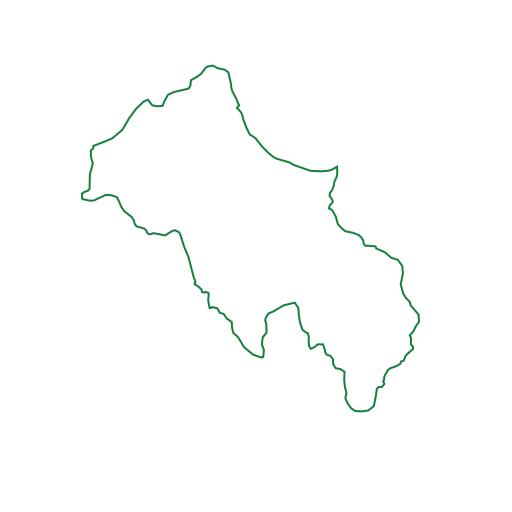 SVG path tracing the border of Manawatu-Wanganui, rotated 150°
{"feature_id": "NZL-3334", "entity_name": "Manawatu-Wanganui", "entity_type": "Regional Council", "adm_level": 1, "iso_a3": "NZL", "parent_name": "New Zealand", "parent_adm1": "", "projection": "mercator", "projection_center": [175.592, -39.627], "detail": "fine", "context": "isolated", "style": "outline", "palette": "green", "viewbox_px": 512, "rotation_deg": 150, "n_neighbors": 0, "source": "natural_earth", "source_scale": "10m", "svg_char_len": 3290}
<svg xmlns="http://www.w3.org/2000/svg" viewBox="0 0 512 512"><g transform="rotate(150 256 256)"><path d="M188.1,428.9L191.6,417.5L193.0,414.6L194.0,411.2L194.5,401.7L195.2,397.9L195.2,397.0L195.1,395.9L195.1,395.0L195.6,394.6L196.5,394.6L197.7,394.3L198.5,393.8L197.7,391.2L197.3,388.7L197.2,386.2L197.4,384.8L198.5,381.8L200.1,372.2L200.6,365.6L200.4,363.9L199.6,362.4L197.6,358.5L196.0,347.6L193.6,338.6L191.9,334.2L189.9,330.4L180.2,320.3L177.6,315.7L166.0,302.3L157.1,296.7L150.0,293.4L146.7,292.8L141.1,292.8L144.6,286.4L147.2,283.7L150.4,281.7L153.6,277.9L157.3,274.9L160.1,273.9L162.3,271.2L161.9,268.9L162.0,265.7L162.5,264.5L163.8,263.9L166.7,263.0L169.1,260.8L168.2,259.3L167.1,257.9L167.2,250.2L169.2,242.7L168.1,237.8L166.3,232.8L160.4,227.6L156.6,222.8L155.5,219.4L155.4,215.8L156.1,214.2L156.7,212.5L156.1,210.1L153.5,208.7L147.7,204.6L148.1,202.4L142.5,194.8L139.7,186.7L135.1,181.9L134.3,174.3L137.3,167.8L144.9,159.0L147.3,149.8L147.2,145.1L145.7,139.1L146.8,135.8L145.7,130.4L144.5,124.1L147.3,118.3L147.8,117.7L148.5,117.0L151.2,116.0L153.4,114.7L157.8,111.9L162.6,110.3L162.5,108.8L162.8,107.4L166.0,102.1L165.4,99.0L166.5,97.0L174.4,95.4L177.3,94.1L180.0,91.8L181.4,91.5L182.8,92.2L183.9,91.3L185.4,90.4L190.5,90.6L195.6,91.6L198.7,91.3L203.8,88.4L206.0,86.5L206.5,85.3L207.2,84.6L208.5,83.9L208.7,81.1L212.5,79.6L215.0,81.1L217.7,80.6L222.4,74.6L229.1,67.0L236.1,66.1L242.2,68.6L247.5,72.1L249.8,76.8L250.2,81.6L250.2,83.8L249.8,88.1L246.1,92.2L244.6,97.7L241.7,104.4L237.2,111.5L239.5,115.9L243.2,119.1L243.2,123.8L240.9,128.3L241.6,132.4L244.1,135.3L244.3,137.9L243.3,140.0L242.2,146.0L246.7,148.6L250.8,147.9L254.9,148.2L255.0,151.7L252.8,156.3L250.6,159.5L249.8,163.3L251.5,165.9L252.6,169.2L251.0,176.8L248.3,183.7L245.3,189.8L245.8,196.2L256.9,199.5L268.5,199.3L273.8,200.0L278.8,197.4L280.3,195.5L280.8,192.9L281.9,190.4L283.2,188.2L284.1,186.0L285.6,184.2L290.7,182.3L294.1,178.1L294.4,177.2L295.1,176.7L296.1,170.7L300.2,165.0L302.2,165.5L307.9,172.1L311.9,183.0L312.1,194.7L314.1,200.9L312.6,205.8L310.0,211.0L312.6,216.5L313.0,222.0L315.7,224.8L315.6,229.9L318.2,232.6L319.5,233.6L320.7,233.5L321.6,233.8L322.2,234.0L322.1,234.6L321.6,235.5L321.2,237.2L319.3,242.0L317.1,245.0L315.9,246.9L315.7,247.9L316.3,248.7L318.1,250.4L319.4,250.3L320.7,251.8L319.9,254.3L321.3,258.6L323.2,262.1L322.7,263.2L321.6,263.5L321.0,265.4L320.9,267.6L315.0,288.9L313.6,300.0L310.8,312.7L310.7,314.0L311.2,315.9L313.5,318.9L316.1,319.6L324.4,319.3L332.0,325.9L333.8,327.2L335.9,327.5L336.9,327.9L337.9,328.5L338.7,330.5L338.3,332.7L338.8,335.2L340.3,337.0L344.6,341.4L345.0,344.5L344.1,347.3L344.1,351.8L347.7,360.7L348.1,365.9L347.3,371.6L347.1,376.6L350.8,380.9L355.3,384.0L368.9,385.2L372.6,387.2L377.7,392.0L377.6,393.3L375.4,397.1L372.3,397.3L369.1,396.5L366.6,397.3L359.2,409.5L351.6,417.1L350.5,419.2L350.3,420.9L349.8,422.9L349.1,424.7L346.6,429.6L345.7,430.2L343.6,430.4L342.7,431.1L341.8,432.6L329.9,430.8L322.0,429.8L315.2,430.9L308.7,432.1L296.9,438.8L286.1,443.5L276.0,445.9L271.5,445.5L270.5,438.3L267.0,435.3L261.9,432.7L258.5,435.4L251.5,439.7L245.0,439.0L230.9,434.7L227.7,436.2L224.4,440.8L220.9,440.7L217.3,440.7L212.5,441.2L206.0,444.0L203.5,444.4L198.1,442.4L195.3,437.7L190.1,433.2L188.1,428.9Z" fill="none" stroke="#15803d" stroke-width="2"/></g></svg>